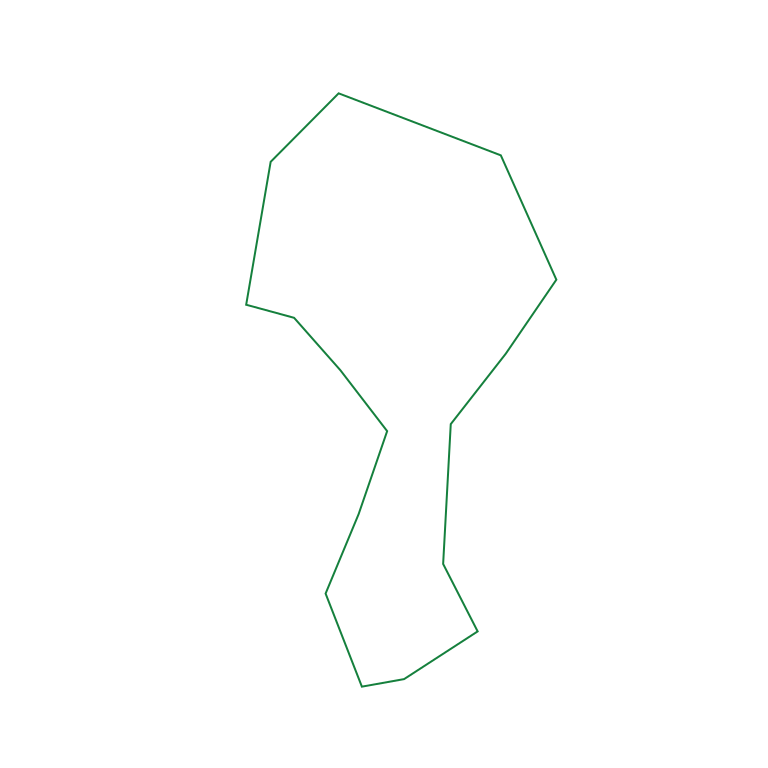 SVG path tracing the border of Al Muḩarraq, rotated 38°
{"feature_id": "BHR-4930", "entity_name": "Al Muḩarraq", "entity_type": "Governorate", "adm_level": 1, "iso_a3": "BHR", "parent_name": "Bahrain", "parent_adm1": "", "projection": "mercator", "projection_center": [50.643, 26.245], "detail": "fine", "context": "isolated", "style": "outline", "palette": "green", "viewbox_px": 768, "rotation_deg": 38, "n_neighbors": 0, "source": "natural_earth", "source_scale": "10m", "svg_char_len": 369}
<svg xmlns="http://www.w3.org/2000/svg" viewBox="0 0 768 768"><g transform="rotate(38 384 384)"><path d="M169.3,182.9L335.3,131.9L455.6,195.7L461.3,285.1L461.3,374.5L541.4,489.4L610.1,521.3L581.5,604.2L552.9,636.1L467.0,585.1L444.1,502.1L415.5,419.2L341.1,400.0L272.4,387.2L226.6,406.4L157.9,278.7L169.3,182.9Z" fill="none" stroke="#15803d" stroke-width="2"/></g></svg>